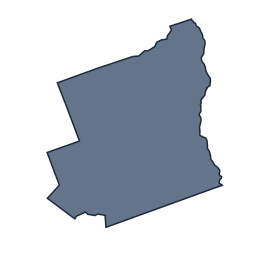 Essex, New York, United States of America (Natural Earth projection), rotated 347°
{"feature_id": "52423323B12520146334260", "entity_name": "Essex", "entity_type": "district", "adm_level": 2, "iso_a3": "USA", "parent_name": "United States of America", "parent_adm1": "New York", "projection": "natural_earth1", "projection_center": [-73.449, 44.146], "detail": "fine", "context": "isolated", "style": "filled", "palette": "slate", "viewbox_px": 256, "rotation_deg": 347, "n_neighbors": 0, "source": "geoboundaries", "source_scale": "gbopen_adm2", "svg_char_len": 2149}
<svg xmlns="http://www.w3.org/2000/svg" viewBox="0 0 256 256"><g transform="rotate(347 128 128)"><path d="M43.7,133.7L48.3,168.2L33.6,178.4L55.8,204.6L57.8,202.4L67.5,200.3L69.4,203.0L76.1,205.9L79.0,205.0L86.0,207.9L84.2,219.8L196.3,206.2L207.0,205.1L206.7,204.6L206.3,204.0L205.0,203.1L204.6,202.3L204.5,202.0L205.0,200.4L205.3,199.7L206.5,198.5L207.5,198.1L208.0,197.3L208.3,196.7L208.2,196.5L208.0,196.2L206.7,195.0L206.5,194.5L206.6,193.5L207.0,192.3L207.9,190.1L207.9,189.8L207.5,188.7L206.2,186.2L204.0,183.5L203.7,182.9L203.1,180.3L201.8,177.3L201.7,176.6L202.2,173.0L202.0,168.8L201.2,166.9L200.9,165.9L200.9,165.2L201.2,164.4L202.1,158.7L202.1,157.6L201.9,156.6L201.8,156.4L201.3,155.1L200.6,154.5L199.6,154.0L199.0,153.8L198.2,152.7L197.6,152.4L196.5,151.5L196.4,151.0L197.4,146.8L197.7,144.9L197.9,143.1L200.3,138.5L201.2,135.5L201.1,134.4L200.7,132.4L200.4,131.2L200.4,130.9L201.1,129.7L201.7,129.4L202.6,128.3L202.8,127.9L203.3,125.7L203.4,124.2L204.0,123.3L204.0,123.1L203.8,122.6L203.7,122.0L203.8,121.5L204.0,121.1L204.9,120.2L205.1,119.8L204.9,118.0L204.9,117.6L205.3,117.3L205.9,117.2L206.1,117.1L206.4,116.2L207.2,115.6L207.7,115.5L208.2,115.0L208.5,114.5L210.1,113.6L210.2,113.1L210.8,111.8L211.3,111.0L211.3,110.3L211.4,110.1L212.1,109.6L212.3,108.6L213.6,107.6L213.5,106.8L214.6,106.5L215.1,106.1L215.8,105.4L216.0,105.3L216.8,105.5L217.0,105.5L217.7,104.2L218.3,102.3L218.9,100.8L219.0,100.6L219.3,98.5L219.1,97.2L218.2,95.5L217.3,92.3L216.9,90.4L216.8,88.2L217.0,86.8L216.9,84.9L216.7,83.8L216.4,82.7L215.0,79.6L215.0,77.9L215.2,76.1L215.8,75.3L217.5,73.7L218.2,73.0L218.6,72.4L219.0,71.0L219.4,69.2L222.0,63.3L222.4,61.2L222.4,60.5L222.1,59.3L221.2,57.3L221.5,55.2L221.4,53.5L221.3,52.3L220.5,50.2L220.4,48.7L220.0,46.8L218.9,45.3L217.8,44.2L217.5,43.8L217.4,43.2L217.4,42.4L217.3,41.1L216.9,40.7L216.1,40.4L215.9,40.2L215.7,39.8L215.7,39.1L215.5,38.7L214.2,37.0L214.2,36.8L214.3,36.2L191.7,38.3L192.3,42.4L187.2,47.0L185.8,50.1L180.3,49.7L175.2,50.9L172.3,54.8L164.3,57.4L161.8,56.4L154.6,60.3L148.9,59.4L111.1,63.0L69.3,68.1L72.6,90.8L77.8,129.8L43.7,133.7Z" fill="#64748b" stroke="#1e293b" stroke-width="1.5"/></g></svg>